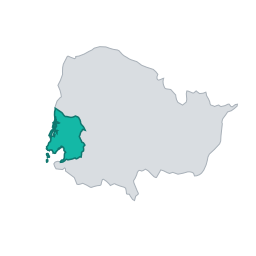 where Kaôh Kong sits in Cambodia, rotated 29°
{"feature_id": "KHM-1779", "entity_name": "Kaôh Kong", "entity_type": "Province", "adm_level": 1, "iso_a3": "KHM", "parent_name": "Cambodia", "parent_adm1": "", "projection": "orthographic", "projection_center": [103.349, 11.344], "detail": "fine", "context": "in_parent", "style": "filled", "palette": "teal", "viewbox_px": 256, "rotation_deg": 29, "n_neighbors": 0, "source": "natural_earth", "source_scale": "10m", "svg_char_len": 7886}
<svg xmlns="http://www.w3.org/2000/svg" viewBox="0 0 256 256"><g transform="rotate(29 128 128)"><path d="M212.2,54.1L212.8,56.0L211.5,59.6L210.0,62.8L207.3,65.7L207.2,67.8L206.4,74.0L206.8,75.9L207.4,77.6L208.4,78.5L210.9,84.5L213.2,90.0L215.4,94.5L215.8,97.4L214.0,104.7L211.8,111.4L212.0,114.7L213.1,118.0L214.2,122.4L214.7,128.1L214.2,131.8L213.2,134.1L211.2,136.5L209.4,137.7L207.3,135.8L205.6,135.7L203.4,136.3L201.6,137.3L198.1,140.8L194.1,144.2L188.6,145.1L186.4,147.6L184.1,148.0L179.7,148.2L176.9,148.8L177.0,150.1L176.9,156.0L176.9,157.4L176.5,157.8L174.5,158.0L171.1,157.1L166.6,155.7L163.3,155.5L161.7,158.1L160.7,159.1L159.5,159.2L158.2,159.7L157.8,160.9L157.7,162.3L158.3,164.8L158.6,168.7L158.4,171.4L159.6,173.0L166.7,178.7L168.7,180.1L169.0,180.9L167.8,184.0L168.9,188.3L166.7,188.3L163.1,186.5L161.3,185.3L159.2,186.3L158.5,186.1L157.0,184.0L155.1,181.8L153.2,181.7L149.2,182.6L145.0,183.2L143.4,183.2L142.8,183.6L140.4,186.9L139.4,186.3L135.2,185.1L131.4,184.7L130.6,185.5L131.1,188.1L131.9,190.7L131.4,191.8L129.3,193.2L126.6,195.7L124.9,197.6L123.7,198.1L119.5,198.0L115.2,198.3L113.6,200.1L112.0,201.5L110.6,201.9L105.1,197.4L94.2,195.9L93.0,193.9L91.9,193.6L90.9,196.1L84.9,198.6L82.4,197.1L80.5,195.3L80.8,193.1L82.5,191.3L85.5,190.0L86.9,185.5L84.6,179.8L82.6,178.1L80.5,176.8L78.3,178.9L76.5,182.6L74.5,184.5L71.8,184.9L67.8,184.7L66.2,179.3L65.7,174.6L66.3,169.2L66.9,166.0L63.0,161.6L62.8,157.5L61.0,155.3L60.4,156.4L60.5,157.6L59.9,156.7L53.9,144.5L52.9,138.8L53.9,134.5L54.6,133.0L52.8,130.7L50.4,128.1L46.0,124.6L45.8,119.2L44.8,112.8L43.5,110.7L41.5,106.7L40.5,103.5L40.2,94.9L40.7,94.2L43.8,93.9L47.7,93.3L48.3,91.9L47.6,90.8L50.2,88.9L53.8,84.6L56.6,80.1L58.6,77.3L59.8,74.5L63.8,70.6L69.4,67.8L73.2,67.2L77.1,66.3L80.9,64.9L82.7,64.8L87.4,66.4L89.9,66.8L92.6,66.8L95.3,67.0L97.7,66.8L103.5,65.7L109.6,66.5L115.0,65.8L121.7,64.5L125.1,65.3L128.1,66.6L128.5,69.2L129.2,70.4L130.2,71.3L131.6,71.3L133.3,69.4L134.7,67.5L135.1,67.2L135.2,68.1L136.0,70.2L137.3,72.2L138.6,73.5L140.7,75.2L142.2,75.3L146.7,73.6L153.7,76.0L154.5,77.2L156.7,79.7L159.2,81.4L164.6,81.5L166.4,77.1L165.5,74.4L162.4,69.8L161.5,67.1L162.5,66.6L167.6,66.0L168.5,65.5L169.6,62.5L171.0,62.8L173.9,63.2L176.9,61.1L178.7,58.9L179.7,59.9L180.8,61.4L182.0,62.2L184.2,63.5L186.6,65.3L188.1,67.1L189.3,67.8L192.4,67.2L193.2,67.3L195.0,65.1L196.2,63.9L197.3,64.2L198.9,64.2L202.0,61.4L203.8,58.8L204.8,58.1L207.7,59.3L208.9,59.0L210.5,55.5L212.2,54.1ZM64.2,172.0L63.6,172.4L63.0,172.3L62.4,171.8L62.5,169.9L62.9,168.7L63.9,168.4L64.2,172.0ZM73.3,191.4L72.1,192.7L70.1,190.0L70.2,189.2L73.3,191.4Z" fill="#d9dde1" stroke="#a8b0b8" stroke-width="1"/><path d="M59.8,159.7L60.3,158.9L60.2,157.0L59.8,155.6L58.8,154.2L57.4,152.2L55.9,149.2L55.6,147.5L55.0,146.3L54.8,146.0L55.4,146.0L62.7,146.6L64.0,147.1L64.7,147.5L65.6,147.9L66.4,148.2L67.0,148.3L67.6,148.3L68.0,148.2L68.9,147.6L69.4,147.5L72.5,146.6L73.9,145.8L74.5,145.2L75.5,144.1L75.9,143.4L76.2,143.0L76.5,142.9L77.4,142.9L78.3,142.7L79.1,142.7L80.1,143.0L80.3,143.1L80.5,143.3L80.9,143.6L81.1,143.7L81.9,144.1L82.0,144.2L83.4,145.5L83.9,146.3L84.2,146.6L84.4,146.9L85.2,147.3L85.7,147.6L86.7,147.9L87.2,148.1L87.8,148.3L88.9,148.8L89.2,149.0L90.0,149.6L91.2,150.4L91.6,150.7L89.2,151.1L89.0,151.3L88.9,151.4L88.9,151.6L88.9,151.9L89.0,152.1L89.0,152.4L89.1,152.7L89.0,153.1L88.8,153.8L88.7,154.2L88.7,154.5L88.8,155.2L89.4,157.6L89.4,158.0L89.4,158.5L89.4,158.8L89.5,159.0L89.7,159.3L89.8,159.4L90.1,159.5L90.4,159.6L91.1,160.3L93.4,161.8L93.8,162.1L94.0,162.5L94.3,162.7L94.7,162.8L94.9,162.7L95.2,162.6L95.5,162.6L95.9,162.6L96.5,162.7L97.1,163.1L98.0,163.4L98.6,164.0L98.6,164.4L98.3,165.0L98.1,165.4L98.1,165.7L98.1,165.9L98.6,166.9L98.8,167.1L99.2,167.6L99.5,168.0L99.9,168.9L100.1,169.4L100.2,169.7L100.1,169.9L100.0,170.0L99.7,170.3L99.6,170.6L99.5,170.9L99.3,171.7L99.3,172.1L99.3,172.3L99.4,172.5L99.5,172.6L99.8,172.9L100.0,173.2L101.1,176.2L99.9,176.5L99.6,176.7L99.4,177.5L98.4,179.3L97.9,179.9L97.8,180.0L97.4,180.1L97.1,180.1L96.9,180.0L96.7,179.9L96.4,179.8L96.2,179.9L96.1,180.0L95.8,180.3L94.3,182.1L91.4,184.6L90.9,185.0L90.6,185.1L90.4,185.1L90.2,185.1L89.5,185.1L89.3,185.2L89.1,185.4L88.8,186.0L88.7,186.3L88.7,186.5L88.7,186.9L88.6,187.2L88.6,187.3L88.5,187.5L88.0,188.4L87.7,188.9L87.7,189.0L87.5,189.3L86.7,190.0L85.8,190.6L85.8,190.4L85.4,190.3L85.2,190.1L85.4,188.6L85.5,188.3L85.8,188.1L86.2,187.9L86.6,187.6L86.9,187.1L87.0,186.7L86.9,185.4L86.4,184.2L85.4,182.5L84.8,180.8L85.3,179.6L84.7,179.1L84.3,179.0L83.3,178.9L82.9,178.7L82.6,178.4L82.2,177.2L81.5,176.6L80.6,176.2L79.5,176.1L79.6,176.3L79.8,176.3L79.3,177.0L79.1,177.0L78.9,176.8L78.8,176.7L78.4,176.6L78.4,176.8L78.6,177.2L78.4,177.7L77.7,178.7L78.4,178.4L78.4,178.7L78.2,179.4L77.3,180.9L77.1,181.6L77.0,182.3L76.7,183.2L76.6,183.6L76.6,184.0L76.8,184.5L76.8,184.9L76.6,185.4L76.2,185.7L75.6,185.9L75.2,185.7L75.0,185.9L74.9,186.0L74.5,186.2L74.2,185.4L73.5,184.9L72.7,184.5L72.0,184.1L70.6,184.9L70.0,185.5L70.1,186.0L69.7,185.9L69.3,186.0L69.0,186.2L68.7,186.4L68.1,186.1L67.3,186.0L66.9,185.8L67.4,185.3L66.3,184.4L66.1,184.3L65.9,184.0L66.0,183.5L66.3,182.9L66.4,181.7L66.0,180.0L66.0,179.0L66.1,178.7L66.3,178.4L66.6,177.9L66.7,177.3L66.6,176.7L66.5,176.3L66.0,175.4L65.9,175.1L65.9,174.9L65.8,174.6L65.6,174.3L65.4,174.3L64.8,174.3L64.6,174.2L64.7,173.9L65.1,173.6L65.3,173.4L65.1,173.0L65.1,172.8L65.3,172.4L66.2,171.6L67.2,171.0L67.6,171.4L67.8,171.4L67.8,170.9L67.4,170.0L67.4,169.5L66.9,169.7L66.7,169.9L66.5,170.0L66.0,169.6L65.9,169.2L65.9,168.8L65.8,168.1L65.6,167.6L65.1,166.9L64.8,166.5L65.1,166.6L65.3,167.0L65.5,167.0L65.7,166.6L66.1,166.3L66.5,166.1L67.0,166.0L67.5,166.2L68.0,167.0L68.5,167.2L67.5,165.2L67.1,164.9L67.3,164.5L67.4,164.4L67.1,164.4L67.1,164.5L66.9,164.9L67.1,165.1L67.0,165.5L66.8,165.7L66.5,165.8L66.1,165.6L65.7,165.0L64.8,164.6L64.6,163.8L64.6,163.0L64.6,162.3L64.4,162.5L64.5,161.8L64.6,161.6L64.3,161.5L64.1,161.5L63.9,161.1L63.9,162.3L63.9,162.8L63.7,163.2L63.1,163.1L62.6,163.2L62.2,163.4L61.8,163.7L61.2,162.7L61.8,162.3L62.0,162.5L62.5,163.0L62.8,163.0L62.7,162.6L62.3,162.2L62.1,161.8L62.1,160.4L62.5,160.0L62.9,160.2L63.5,160.5L64.1,160.4L64.1,160.2L63.7,160.2L63.4,160.1L63.1,159.9L63.0,159.7L63.2,159.2L62.9,159.4L62.8,159.5L62.5,159.5L62.5,159.2L62.3,158.8L62.1,158.8L62.1,159.5L61.9,159.2L61.9,159.9L61.6,159.9L61.7,159.0L61.9,158.3L62.2,157.7L62.8,157.4L63.1,157.2L63.4,157.1L63.7,157.2L64.0,157.5L64.4,157.7L64.9,157.6L65.3,157.3L65.5,156.9L65.3,156.9L65.0,157.3L64.6,157.3L64.1,157.0L63.7,156.7L62.1,157.4L61.9,157.1L61.7,156.7L61.5,156.2L61.4,155.8L61.2,155.5L60.4,155.1L59.3,153.4L59.1,153.4L59.6,154.5L61.2,156.2L61.6,157.4L61.6,157.9L61.2,158.9L61.2,159.5L61.5,160.9L61.5,161.5L61.2,162.3L61.1,161.8L60.8,161.2L60.7,160.7L60.0,159.9L59.8,159.7ZM63.9,169.5L64.1,169.9L64.2,170.2L64.3,170.5L64.1,170.7L64.3,171.2L64.3,171.8L64.1,172.4L63.9,172.8L63.5,173.1L62.9,173.1L62.6,172.9L62.8,172.6L62.4,172.2L62.3,171.5L62.3,170.2L62.1,168.8L62.1,167.9L62.3,167.2L62.4,167.4L62.5,167.5L62.9,167.3L63.2,167.3L63.5,167.5L63.9,168.4L63.9,168.7L63.9,169.1L63.9,169.5ZM72.6,191.0L72.8,191.1L73.1,191.2L73.3,191.3L73.3,191.8L72.9,192.0L72.5,192.2L72.2,192.5L72.0,193.0L71.7,192.7L71.5,192.3L71.4,192.0L71.4,191.8L71.4,191.7L70.3,191.3L69.8,190.9L69.4,190.4L69.3,189.9L69.7,189.5L70.3,189.2L70.9,189.4L71.3,189.8L71.7,190.2L71.8,190.3L71.9,190.5L72.0,190.6L72.4,190.7L72.6,190.7L72.6,191.0ZM63.7,164.6L63.9,164.9L64.2,165.5L64.4,165.8L64.4,166.0L64.2,166.3L63.8,167.0L63.7,167.2L63.4,167.2L63.3,166.8L63.5,166.0L63.2,165.5L62.7,164.8L62.5,164.2L63.0,163.7L63.6,164.0L63.8,164.3L63.8,164.5L63.7,164.6L63.7,164.6ZM73.9,196.0L74.0,196.2L74.0,196.4L73.9,196.7L73.7,197.1L73.5,197.3L73.2,197.1L72.5,196.0L72.2,195.5L72.4,195.0L72.8,194.9L73.2,194.8L73.4,194.9L73.5,195.1L73.1,195.6L73.1,195.9L73.2,196.2L73.3,196.3L73.6,196.4L73.8,196.2L73.9,196.0Z" fill="#14b8a6" stroke="#0f766e" stroke-width="1.5"/></g></svg>